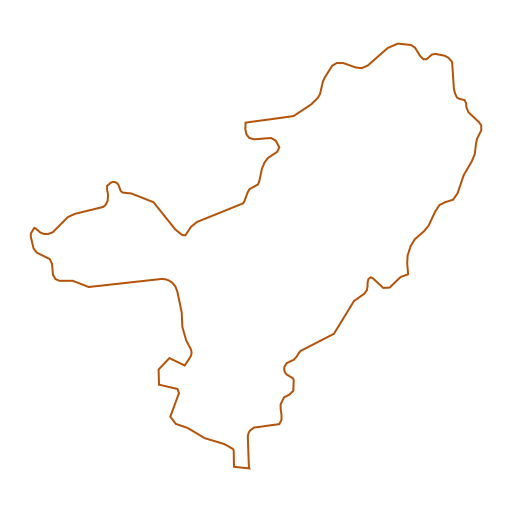 Nuoro, Albers equal-area conic projection
{"feature_id": "ITA-5376", "entity_name": "Nuoro", "entity_type": "Province", "adm_level": 1, "iso_a3": "ITA", "parent_name": "Italy", "parent_adm1": "", "projection": "albers", "projection_center": [9.253, 40.262], "detail": "fine", "context": "isolated", "style": "outline", "palette": "amber", "viewbox_px": 512, "rotation_deg": 0, "n_neighbors": 0, "source": "natural_earth", "source_scale": "10m", "svg_char_len": 2193}
<svg xmlns="http://www.w3.org/2000/svg" viewBox="0 0 512 512"><path d="M452.1,62.0L453.9,88.8L455.1,93.7L457.0,97.5L459.4,98.9L464.5,100.0L466.0,103.0L466.4,107.3L468.4,112.2L479.0,122.2L481.2,125.4L481.3,130.3L477.1,138.6L476.0,143.6L474.8,154.1L471.7,161.5L463.6,175.4L457.6,193.2L453.1,199.7L444.9,202.3L439.4,205.1L435.1,211.7L428.6,225.7L423.9,231.3L414.7,239.4L410.7,246.0L407.6,255.5L407.2,263.0L408.1,274.3L400.6,277.0L389.6,287.6L383.2,287.9L373.1,278.5L370.5,277.3L368.3,279.3L367.6,282.8L367.5,286.8L366.8,290.3L364.3,293.7L354.0,301.0L333.9,333.8L300.6,350.9L298.6,353.3L296.7,356.6L293.7,359.8L286.7,363.1L284.4,366.9L284.2,369.4L284.6,371.5L285.6,373.3L287.1,374.8L292.7,378.1L293.7,379.7L293.3,390.8L289.3,394.7L284.1,397.3L280.6,404.3L280.7,409.3L281.5,414.7L281.5,419.8L279.3,424.1L253.9,427.6L249.9,430.6L248.5,433.3L247.8,436.5L248.9,467.1L249.3,468.4L234.0,466.8L233.7,450.4L233.3,449.6L232.6,448.8L224.4,444.1L204.8,438.2L187.5,427.9L175.8,423.9L170.3,416.7L179.0,393.1L177.5,389.0L159.0,384.7L158.6,369.5L169.4,358.1L184.7,365.5L190.7,356.4L191.6,353.2L191.1,349.8L186.2,340.4L182.4,327.1L181.7,312.4L177.3,291.5L175.4,286.5L172.3,282.7L168.9,280.5L165.5,279.3L162.0,278.9L88.7,287.0L72.7,280.8L59.4,280.8L55.4,279.0L53.0,274.8L52.0,263.7L49.6,259.0L36.9,252.7L33.6,248.6L30.7,236.3L30.9,233.4L34.3,227.9L36.0,228.7L40.1,232.4L44.0,234.0L48.5,233.9L52.9,232.2L67.8,217.1L74.8,213.9L103.2,206.9L105.6,204.9L107.6,200.8L108.1,195.0L107.1,190.0L107.1,185.9L110.9,182.6L113.0,181.9L115.0,182.1L116.8,183.0L118.4,184.8L120.4,190.1L121.2,191.5L122.8,192.6L131.4,193.5L153.5,202.2L175.3,229.5L182.3,235.1L185.5,235.2L191.0,226.8L197.1,221.9L243.2,203.3L244.6,200.8L247.6,192.5L249.6,189.1L257.9,184.5L259.2,181.7L261.9,168.7L264.5,162.6L267.9,158.0L277.2,151.8L279.3,147.4L275.9,140.8L271.1,138.0L253.9,139.3L249.2,137.9L246.4,134.3L245.3,129.0L245.6,122.6L293.5,116.1L311.2,104.4L317.8,97.9L320.0,94.1L322.8,81.9L324.6,77.8L332.2,65.7L336.8,63.0L343.4,63.1L355.5,67.4L361.6,68.2L367.7,65.6L387.7,48.0L397.8,43.6L411.1,45.0L415.1,47.8L420.3,56.3L423.6,59.3L426.6,59.2L431.8,54.6L435.4,53.9L444.6,55.7L448.5,57.8L452.1,62.0Z" fill="none" stroke="#b45309" stroke-width="2"/></svg>